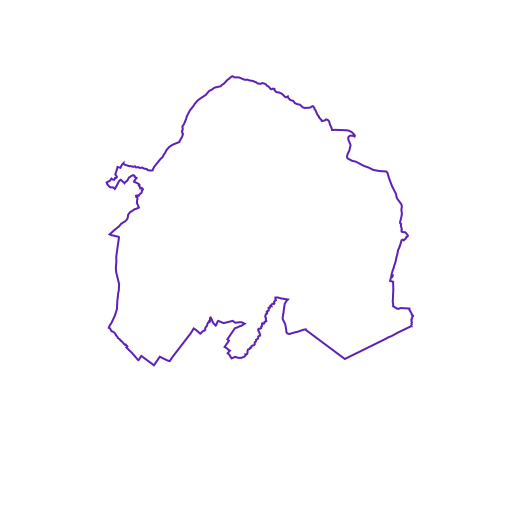 Grajduri, Iasi, Romania (orthographic projection), rotated 42°
{"feature_id": "2599482B71746313181948", "entity_name": "Grajduri", "entity_type": "district", "adm_level": 2, "iso_a3": "ROU", "parent_name": "Romania", "parent_adm1": "Iasi", "projection": "orthographic", "projection_center": [27.558, 46.975], "detail": "fine", "context": "isolated", "style": "outline", "palette": "violet", "viewbox_px": 512, "rotation_deg": 42, "n_neighbors": 0, "source": "geoboundaries", "source_scale": "gbopen_adm2", "svg_char_len": 6121}
<svg xmlns="http://www.w3.org/2000/svg" viewBox="0 0 512 512"><g transform="rotate(42 256 256)"><path d="M321.2,118.3L318.5,116.2L310.4,113.1L302.8,109.2L298.2,106.3L296.7,106.0L296.0,106.2L291.0,110.2L285.6,113.5L280.3,115.0L275.9,116.9L267.3,119.0L263.6,121.0L258.6,122.2L257.3,121.4L256.7,120.7L255.5,117.9L254.9,115.4L252.3,110.6L251.4,109.9L247.0,107.9L245.5,106.5L245.1,105.8L245.2,104.1L245.8,103.2L247.6,101.8L249.3,101.3L249.1,100.6L248.5,100.2L244.8,99.8L241.0,100.8L239.5,101.7L230.5,109.2L228.2,111.5L226.3,110.2L222.9,108.8L220.2,107.0L218.2,106.9L216.6,107.7L216.7,108.2L216.2,109.6L214.6,111.7L213.4,111.1L210.1,110.9L209.6,110.3L207.0,109.9L202.5,107.8L201.0,107.6L200.2,106.8L198.0,106.6L197.6,106.9L197.3,108.6L196.2,110.4L192.7,113.7L191.2,114.2L187.2,114.2L185.4,115.4L182.6,116.4L179.9,115.8L177.0,117.2L173.8,116.8L172.9,116.1L172.0,118.1L171.4,118.3L166.7,118.1L163.2,119.3L162.3,120.1L161.2,120.6L158.7,120.4L158.0,119.5L157.6,119.6L156.7,120.1L156.0,121.7L155.4,122.1L151.8,121.7L150.2,122.1L148.2,121.8L145.1,123.1L144.2,125.0L141.7,126.7L139.4,126.9L138.4,127.5L136.9,127.8L133.8,129.8L131.3,130.9L130.5,132.0L129.0,132.9L124.0,134.6L120.1,137.9L118.4,138.0L118.0,138.4L117.8,139.1L117.4,141.1L117.4,142.4L116.9,144.4L116.8,149.7L116.1,151.7L116.2,153.5L113.0,157.9L112.5,158.8L111.9,161.8L110.7,164.8L110.9,170.0L109.5,175.0L108.6,179.4L108.7,184.4L109.1,186.2L109.5,192.2L111.2,198.8L112.1,200.2L114.2,206.1L114.6,209.0L116.5,210.5L117.4,212.1L117.3,212.6L117.7,212.9L118.8,213.9L119.5,213.8L120.4,214.7L121.5,217.4L122.3,221.6L122.8,222.6L120.4,227.3L119.4,229.7L118.5,233.3L118.6,237.0L119.4,240.0L119.8,243.2L120.4,244.9L120.1,247.8L120.6,257.6L121.3,260.3L121.9,261.5L121.0,262.6L118.4,264.5L117.6,264.7L116.9,264.4L113.6,266.3L112.5,266.3L110.6,268.4L109.0,268.7L107.6,270.5L106.1,270.3L105.2,271.8L102.4,273.3L101.7,274.0L97.6,275.9L95.8,276.1L95.4,275.6L95.3,277.8L96.2,281.2L93.5,282.5L95.1,285.5L96.8,289.5L99.6,290.2L99.9,290.9L99.9,291.4L99.0,292.4L99.6,293.8L99.6,294.3L98.1,295.2L96.8,295.2L97.1,297.8L95.8,301.3L97.8,302.3L101.1,302.6L101.9,302.3L104.0,300.6L106.2,300.7L106.2,299.9L105.6,298.5L105.6,297.6L104.2,292.4L104.2,290.1L104.8,289.8L109.6,289.9L109.4,289.2L109.9,286.2L109.1,282.6L109.6,281.4L109.6,280.5L110.5,278.2L111.5,277.7L112.3,277.8L112.9,278.4L115.0,277.9L115.2,281.3L115.6,282.2L116.0,282.5L116.7,282.0L120.6,280.9L121.7,281.1L121.6,281.9L121.9,282.1L122.6,282.0L124.8,283.2L125.4,282.0L126.2,282.3L126.5,281.9L127.3,282.0L127.6,283.1L127.5,283.8L128.3,284.8L128.7,286.0L128.3,287.2L128.3,288.4L128.6,289.6L128.3,290.0L127.6,290.0L126.5,291.5L127.6,292.3L128.1,291.7L129.7,292.8L130.2,294.0L132.1,296.3L136.6,298.4L135.2,301.4L134.4,302.7L133.7,305.9L133.1,307.7L133.3,310.7L135.2,313.6L135.6,315.0L135.6,316.3L135.6,317.6L134.8,320.1L134.2,322.7L134.4,325.6L133.4,331.4L132.8,337.9L134.7,337.2L140.6,333.9L141.6,333.7L152.5,349.9L156.0,353.6L159.8,358.6L162.8,361.5L173.1,368.5L177.3,373.7L178.3,375.6L183.1,382.3L188.1,388.4L190.9,394.4L193.4,402.6L193.8,405.8L194.6,407.9L196.0,407.5L198.9,408.6L199.7,408.1L202.1,407.7L204.6,408.3L205.2,408.7L207.1,408.7L208.1,409.4L210.4,409.1L212.1,409.5L212.4,409.2L218.2,409.7L218.4,409.0L220.9,409.3L220.8,410.7L228.5,411.0L238.2,412.2L238.4,411.7L237.6,407.0L253.3,405.5L251.9,395.2L260.1,392.9L262.2,391.9L261.5,386.8L259.2,356.9L258.2,351.5L261.0,351.1L266.6,351.0L266.7,350.7L266.7,348.0L267.1,346.6L267.7,345.8L267.7,344.8L266.6,343.7L266.3,342.9L266.3,340.6L265.6,339.5L264.9,337.6L265.7,336.3L265.7,335.8L265.5,335.5L264.7,335.5L264.7,335.3L265.1,335.0L265.0,334.5L264.5,334.3L263.6,333.2L263.3,332.7L263.4,332.0L263.8,332.0L268.6,334.3L272.6,334.7L272.6,333.9L271.3,330.3L271.3,329.5L276.9,327.5L282.1,319.8L285.2,319.5L288.9,315.4L289.9,314.7L292.9,313.9L291.7,318.0L290.9,319.0L289.9,321.7L288.8,323.3L288.7,324.2L290.5,337.1L292.6,337.1L293.5,344.6L296.5,344.0L298.3,344.2L299.9,343.7L300.0,347.2L303.1,347.3L304.3,348.0L305.4,348.0L306.4,348.4L308.1,344.7L309.9,344.1L311.2,343.4L313.3,341.4L314.6,338.8L314.8,337.3L313.9,336.2L314.8,335.6L314.9,334.6L314.6,333.9L313.5,332.6L312.6,330.9L313.5,329.5L313.0,328.2L313.6,327.7L313.3,327.2L313.5,326.7L313.0,325.8L313.2,325.0L314.2,323.8L314.1,322.3L312.9,321.3L312.8,320.9L313.1,319.9L313.0,319.4L312.7,318.7L312.1,318.2L312.7,316.5L312.6,315.9L311.5,314.2L312.3,312.4L311.8,311.8L308.5,310.1L307.8,310.0L306.8,309.2L306.7,308.2L307.4,307.6L308.1,306.3L307.2,305.0L307.4,304.3L305.9,302.5L305.7,301.7L307.1,301.2L307.1,300.1L306.4,299.2L307.3,297.6L305.5,296.4L305.0,295.4L303.9,295.2L303.3,294.8L302.3,292.8L302.7,291.5L302.5,290.9L301.4,290.5L301.6,289.7L301.3,289.0L301.9,288.2L301.7,287.6L300.0,286.1L300.9,285.0L300.0,283.6L301.1,282.9L300.1,282.2L300.0,281.5L300.3,280.5L301.5,279.4L301.4,278.9L300.6,278.6L300.1,277.9L300.0,276.9L300.4,275.6L299.0,274.9L298.2,273.9L300.0,272.2L302.9,270.8L308.8,267.0L308.7,268.9L309.3,272.3L314.2,279.6L314.6,279.8L315.0,280.9L317.1,284.0L318.0,285.0L323.3,287.1L328.3,291.0L329.2,292.0L330.8,292.6L332.9,291.8L336.3,286.2L337.3,285.0L340.8,278.7L342.1,277.2L342.6,277.6L343.6,277.5L390.9,273.1L408.2,229.8L408.4,228.6L410.3,224.8L412.7,217.9L418.2,204.5L418.5,204.2L418.0,204.0L417.5,202.7L416.8,202.3L416.4,201.1L415.0,200.4L414.6,199.5L413.9,199.2L413.8,198.0L412.9,196.8L412.9,196.2L412.5,195.8L412.8,195.4L412.6,195.2L411.4,195.5L410.0,194.6L405.9,193.3L405.2,192.4L398.5,197.7L397.9,198.5L397.4,199.8L395.5,201.0L394.8,200.9L391.5,201.6L390.1,199.9L388.4,198.7L380.7,189.3L375.1,183.4L372.3,184.8L370.6,181.5L370.5,180.9L371.2,180.7L371.2,179.9L370.7,178.9L369.6,179.8L368.8,178.5L366.7,174.1L366.6,173.2L365.6,171.7L363.5,166.8L360.9,162.4L360.6,161.4L357.8,156.8L357.3,155.8L357.3,155.1L356.9,153.8L356.2,152.9L356.3,152.4L353.6,146.9L354.2,145.6L355.3,145.5L355.4,143.3L355.7,142.8L355.0,141.3L355.5,140.5L355.4,139.4L354.8,139.0L351.2,138.5L348.1,140.5L347.8,140.4L346.7,139.3L346.8,139.1L346.2,138.3L343.6,136.8L342.3,135.1L341.3,135.2L340.4,134.5L338.3,130.4L336.2,127.0L333.0,124.3L331.8,122.3L330.7,121.1L329.1,120.2L322.6,118.9L321.2,118.3Z" fill="none" stroke="#5b21b6" stroke-width="2"/></g></svg>